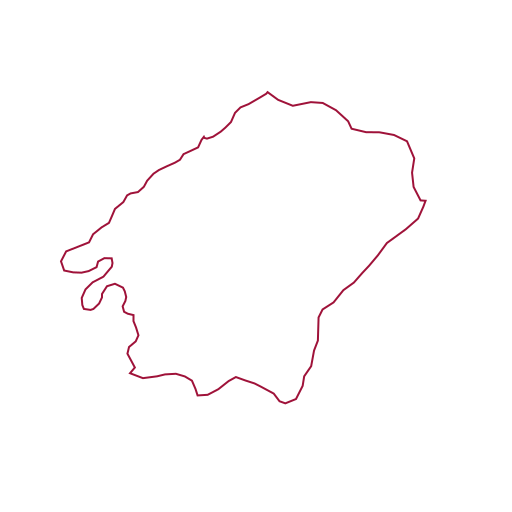 Fuzuli District, Füzuli, Azerbaijan, rotated 338°
{"feature_id": "54616110B29637726057754", "entity_name": "Fuzuli District", "entity_type": "district", "adm_level": 2, "iso_a3": "AZE", "parent_name": "Azerbaijan", "parent_adm1": "Füzuli", "projection": "natural_earth1", "projection_center": [47.279, 39.566], "detail": "fine", "context": "isolated", "style": "outline", "palette": "rose", "viewbox_px": 512, "rotation_deg": 338, "n_neighbors": 0, "source": "geoboundaries", "source_scale": "gbopen_adm2", "svg_char_len": 1697}
<svg xmlns="http://www.w3.org/2000/svg" viewBox="0 0 512 512"><g transform="rotate(338 256 256)"><path d="M252.3,126.0L249.0,127.9L243.0,133.6L227.0,134.4L221.5,138.3L215.9,139.1L207.1,139.4L198.3,139.9L191.8,141.3L183.3,145.4L178.0,149.8L170.5,152.5L163.2,151.0L159.2,151.5L153.2,156.3L142.9,159.5L137.1,165.3L132.1,170.2L123.6,171.6L113.1,174.8L106.3,180.8L81.7,180.6L73.2,187.9L72.7,197.6L80.4,202.7L88.0,206.1L95.2,207.3L104.0,206.6L107.5,202.0L114.6,201.2L121.3,204.1L120.3,208.8L118.3,211.9L112.8,214.8L106.8,218.0L94.7,219.2L85.4,223.1L78.7,229.6L76.6,236.4L76.6,240.6L82.4,244.0L85.4,244.2L92.7,241.3L97.7,236.7L99.0,233.5L106.5,228.2L114.8,228.9L120.8,235.5L121.1,239.6L120.3,245.4L118.0,248.8L113.5,252.7L112.8,258.3L115.5,261.5L120.3,264.9L118.0,270.5L118.0,277.3L117.3,285.5L112.5,290.1L104.2,292.8L100.2,298.4L101.9,314.0L95.3,317.5L105.4,326.9L119.2,330.5L127.3,331.7L137.6,335.2L144.9,341.0L149.9,347.6L150.1,356.6L149.6,363.4L159.2,366.6L171.2,365.4L183.8,361.7L192.0,360.7L199.6,367.5L206.9,373.6L211.6,379.0L220.9,390.2L223.4,399.5L228.0,403.6L233.0,403.6L239.5,403.6L250.6,393.9L255.6,385.6L265.9,378.8L274.4,365.4L281.7,357.6L291.0,336.4L297.7,330.5L310.5,328.1L324.2,320.4L336.8,317.3L348.1,311.6L357.2,307.4L369.3,301.0L382.2,293.0L405.0,287.3L420.3,282.0L429.7,272.9L433.9,268.3L429.4,266.1L428.0,251.0L431.9,237.2L439.3,224.8L439.0,206.2L429.3,195.5L416.9,187.6L404.4,182.4L392.3,173.8L391.9,165.6L384.8,150.8L375.2,139.1L364.5,133.9L346.4,130.5L335.0,119.5L328.1,108.4L326.3,109.4L318.6,110.6L306.0,112.4L297.3,112.4L290.2,115.4L283.0,122.4L275.7,125.5L269.9,127.5L260.9,129.3L254.5,128.8L252.3,127.1L252.3,126.0Z" fill="none" stroke="#9f1239" stroke-width="2"/></g></svg>